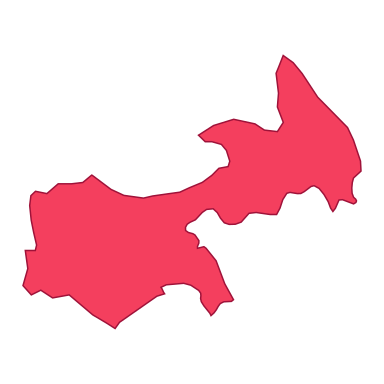 Foča, Equal Earth projection
{"feature_id": "BIH-4807", "entity_name": "Foča", "entity_type": "state/province", "adm_level": 1, "iso_a3": "BIH", "parent_name": "Bosnia and Herzegovina", "parent_adm1": "", "projection": "equal_earth", "projection_center": [18.989, 43.593], "detail": "fine", "context": "isolated", "style": "filled", "palette": "rose", "viewbox_px": 384, "rotation_deg": 0, "n_neighbors": 0, "source": "natural_earth", "source_scale": "10m", "svg_char_len": 1806}
<svg xmlns="http://www.w3.org/2000/svg" viewBox="0 0 384 384"><path d="M229.2,224.4L224.3,222.8L220.5,218.2L217.3,212.6L213.2,208.8L206.6,209.4L202.3,212.4L195.4,219.8L190.0,222.3L187.2,224.2L185.5,227.3L185.6,230.5L188.4,232.5L192.9,233.7L195.0,235.0L198.9,240.7L198.8,243.2L197.5,246.3L197.5,248.3L203.9,246.7L206.0,248.2L216.1,260.8L224.7,283.7L233.5,299.7L231.4,301.4L223.8,301.8L220.4,303.5L219.7,304.3L218.2,306.4L216.3,309.8L214.0,312.9L211.0,315.6L210.1,313.7L209.9,313.3L204.0,306.0L201.3,301.7L200.6,298.5L200.9,295.8L200.7,293.2L198.7,290.4L190.8,285.2L183.7,283.3L166.3,284.8L161.0,287.3L162.0,288.8L163.6,292.3L164.6,293.8L156.9,296.2L119.5,322.3L115.1,328.5L105.8,322.6L92.8,314.9L69.2,294.9L52.6,297.9L40.8,290.2L31.3,294.9L23.0,285.6L27.8,268.6L25.3,250.5L35.3,250.5L36.6,245.1L33.7,232.6L31.2,220.1L29.7,205.5L30.9,195.7L31.3,195.3L33.3,193.4L35.5,191.3L46.9,193.6L58.2,183.8L71.5,183.8L82.8,182.5L91.7,175.1L92.2,175.3L111.0,189.4L123.9,195.4L143.5,198.1L152.6,196.0L168.1,193.8L179.8,192.2L189.3,187.8L202.3,182.4L211.9,175.3L218.9,168.3L228.1,166.6L229.8,161.2L226.4,150.4L221.4,144.4L211.9,141.7L205.2,141.7L198.5,135.2L213.6,125.5L233.7,119.3L255.0,123.9L264.4,130.1L277.4,131.6L283.3,122.4L277.4,107.0L278.5,93.2L276.1,73.3L278.6,67.2L283.2,55.5L293.2,62.7L302.1,73.5L317.7,97.2L347.5,127.5L353.4,140.0L360.5,161.1L361.0,171.1L353.5,178.0L352.3,182.6L351.8,188.0L352.1,193.3L353.6,197.3L355.7,199.2L356.5,200.9L355.9,202.5L353.6,203.9L342.5,199.7L339.0,200.0L335.4,208.3L332.9,211.5L330.6,208.1L328.2,201.7L324.0,194.5L319.1,188.4L314.1,185.7L311.0,186.5L304.3,191.6L300.8,193.5L297.4,193.6L290.0,192.4L286.8,193.3L282.8,199.6L280.0,208.1L276.6,214.5L270.1,214.5L256.2,212.5L249.0,213.3L241.2,222.1L235.4,224.2L229.2,224.4Z" fill="#f43f5e" stroke="#9f1239" stroke-width="1.5"/></svg>